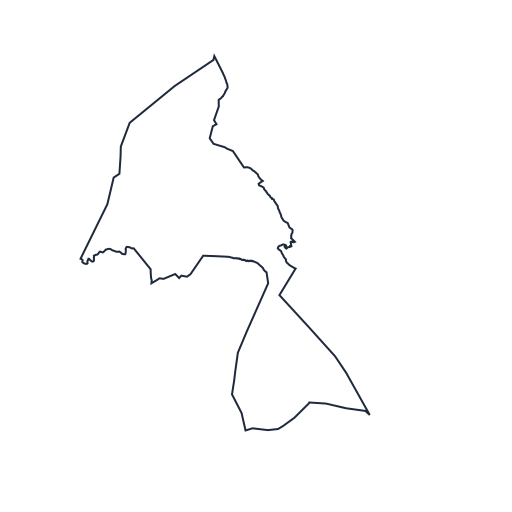 the district of San Francisco Cahuacuá, Oaxaca, Mexico, rotated 296°
{"feature_id": "50627088B44636472073228", "entity_name": "San Francisco Cahuacuá", "entity_type": "district", "adm_level": 2, "iso_a3": "MEX", "parent_name": "Mexico", "parent_adm1": "Oaxaca", "projection": "equal_earth", "projection_center": [-97.354, 16.831], "detail": "fine", "context": "isolated", "style": "outline", "palette": "slate", "viewbox_px": 512, "rotation_deg": 296, "n_neighbors": 0, "source": "geoboundaries", "source_scale": "gbopen_adm2", "svg_char_len": 5111}
<svg xmlns="http://www.w3.org/2000/svg" viewBox="0 0 512 512"><g transform="rotate(296 256 256)"><path d="M383.5,114.4L373.3,108.5L320.4,84.1L297.3,86.3L295.2,86.5L292.3,87.8L285.7,90.8L270.0,97.2L264.1,93.7L237.4,99.7L176.6,99.5L176.6,101.1L176.6,101.5L176.3,101.9L176.1,102.1L175.5,102.2L174.9,102.3L174.3,102.7L174.0,104.7L174.2,106.2L174.8,107.4L175.5,107.8L177.5,106.7L178.6,106.8L180.1,106.6L180.3,107.1L179.6,109.0L179.1,110.8L179.4,111.6L180.0,112.3L180.8,112.3L181.6,112.0L183.0,111.2L184.5,110.7L185.0,110.2L185.3,110.2L186.3,111.0L187.1,111.7L187.3,112.4L188.2,113.0L189.2,113.3L190.1,113.3L190.7,113.5L191.6,113.9L191.9,116.0L192.0,116.7L192.3,116.9L192.6,117.1L196.1,118.3L196.6,119.1L197.2,119.7L197.5,119.9L197.7,120.2L198.1,121.1L198.3,121.6L198.4,122.2L198.4,122.7L198.3,123.4L198.1,124.5L198.2,125.0L198.4,125.6L198.5,126.5L198.5,127.6L198.6,128.2L198.8,129.1L198.9,129.4L199.2,130.0L199.4,130.3L199.8,130.6L200.0,131.0L200.0,131.5L199.9,132.3L199.9,133.0L199.5,133.8L199.3,134.3L199.3,134.6L199.4,135.4L199.5,135.8L199.9,136.9L200.2,137.6L200.6,137.6L201.0,137.6L201.6,137.5L202.5,137.1L203.2,136.9L203.7,136.7L204.6,136.1L204.9,135.9L205.7,135.6L206.1,135.7L206.5,135.6L206.9,135.6L207.5,135.8L207.6,136.0L208.0,136.9L208.0,137.3L208.3,138.1L208.5,138.8L208.4,139.6L208.4,140.7L208.5,141.4L208.9,142.1L209.2,142.4L209.3,142.7L197.9,167.1L194.8,168.7L190.6,171.1L190.2,171.4L188.3,173.0L185.7,174.0L190.2,177.0L193.7,179.1L194.9,182.9L204.4,191.3L202.5,196.6L205.6,197.5L207.1,202.8L207.2,203.1L211.0,205.1L233.1,208.4L237.8,219.0L243.3,231.8L243.7,233.9L244.0,235.3L244.2,235.7L244.1,236.1L244.1,237.0L244.4,237.3L245.0,238.3L245.3,239.6L245.6,239.7L245.7,240.5L245.8,240.8L246.0,241.0L246.2,241.3L246.4,241.6L246.0,242.1L246.2,243.0L246.7,243.5L246.3,244.6L246.5,245.5L246.7,245.8L246.9,245.9L247.0,246.1L246.8,246.3L247.0,246.9L247.2,247.1L247.4,247.3L247.5,247.5L247.5,247.8L247.4,248.1L247.2,248.6L247.2,249.0L247.2,249.4L247.4,250.0L247.6,250.1L247.8,249.9L248.1,250.0L248.2,250.3L248.2,250.7L248.1,251.0L248.2,251.3L248.2,251.5L248.3,251.5L248.5,251.9L248.5,252.2L248.7,252.3L249.0,252.5L249.2,253.3L249.3,253.1L250.0,254.4L250.3,260.3L249.4,263.4L248.8,265.7L248.2,267.6L247.9,268.0L247.6,268.3L247.1,268.8L246.2,271.0L246.0,272.6L236.8,278.9L184.1,280.8L161.1,282.1L142.7,288.1L134.7,290.9L121.1,295.1L108.6,311.8L94.6,323.1L99.6,328.4L104.7,343.0L110.2,351.7L115.0,354.8L127.4,361.4L146.9,368.2L147.7,368.1L154.0,383.5L158.6,403.6L164.7,422.2L163.0,427.9L190.5,388.3L200.5,371.1L215.8,333.2L217.9,327.8L231.1,294.2L262.1,297.1L262.0,295.4L262.2,293.7L262.3,291.7L262.5,290.2L262.8,289.0L263.2,288.1L263.4,286.9L263.8,286.2L264.3,285.5L264.6,285.0L265.0,284.9L265.6,284.8L266.3,284.0L266.7,282.9L266.9,282.3L267.2,281.8L267.6,281.1L268.2,280.6L268.6,280.1L269.0,279.4L269.4,278.7L269.7,278.2L270.3,277.5L270.9,277.0L271.5,276.1L271.7,274.8L271.8,273.8L272.1,272.9L272.5,272.2L273.6,272.0L275.1,272.4L275.7,273.0L276.5,273.9L277.2,274.4L277.8,274.9L278.3,275.3L278.5,275.9L278.6,276.8L278.7,277.3L278.7,278.0L278.7,278.4L278.2,278.7L277.7,278.3L277.3,277.5L276.8,277.7L276.2,278.9L276.0,279.6L276.0,280.1L276.6,280.4L277.3,280.5L278.0,281.0L278.3,281.5L278.8,282.2L279.1,282.5L279.7,283.2L280.1,283.4L280.3,282.4L281.3,282.9L282.0,282.4L282.5,281.9L283.1,281.4L283.6,281.0L284.2,281.2L284.6,281.8L284.6,283.0L285.0,284.0L285.8,284.7L287.4,279.7L288.1,279.5L288.7,279.4L289.3,278.8L289.9,278.7L291.0,278.4L291.4,278.3L292.5,278.5L293.2,278.4L293.9,278.1L295.3,277.6L295.9,276.5L296.0,275.2L296.2,274.1L296.7,273.0L297.3,272.6L297.9,271.8L299.5,270.1L299.5,268.8L299.6,267.2L299.7,266.0L300.0,265.0L300.7,264.1L301.4,262.7L302.1,261.9L302.5,261.4L303.7,260.6L304.2,259.9L305.0,259.2L305.6,258.2L306.7,257.2L307.4,256.4L308.4,255.0L309.7,254.1L310.5,253.5L310.9,252.9L311.4,251.9L312.0,250.6L312.7,249.8L313.0,248.8L314.6,247.1L314.5,246.2L314.3,245.4L314.6,245.2L315.1,244.8L315.0,243.9L315.3,243.0L315.8,242.5L316.2,242.1L316.3,241.1L316.7,240.5L316.7,239.7L317.9,237.7L318.1,237.1L318.6,236.8L318.8,235.9L319.2,235.0L319.5,234.2L320.1,233.6L320.8,233.0L320.9,232.1L321.0,230.9L321.0,229.7L320.9,228.9L321.0,227.6L322.1,226.7L322.6,227.0L323.8,227.6L326.4,229.2L326.6,228.3L326.7,227.2L327.1,226.4L327.7,224.9L328.3,223.8L328.8,223.1L329.7,222.2L330.1,221.8L330.4,220.9L330.8,219.5L331.2,218.0L331.4,217.3L331.5,216.1L331.8,214.6L332.2,213.7L332.4,212.5L332.4,211.3L332.2,210.3L331.9,209.1L331.5,208.6L331.5,208.4L331.1,207.6L330.7,207.2L330.3,206.3L340.2,189.2L339.9,185.0L339.8,184.1L339.8,183.6L339.8,182.2L340.0,181.1L340.1,180.4L338.2,168.7L341.5,162.8L351.6,160.7L353.7,160.3L357.1,162.7L359.7,158.7L374.1,157.0L380.0,154.0L381.1,154.6L381.6,154.9L382.3,155.3L383.3,155.6L384.3,155.7L385.1,156.3L385.8,156.2L387.1,156.4L388.1,156.5L389.1,156.5L390.6,156.3L390.9,156.5L391.6,156.4L393.0,156.6L394.2,156.7L395.1,156.6L395.6,156.2L396.4,155.8L397.6,155.0L398.1,154.6L398.5,153.8L399.7,152.8L401.0,151.6L402.1,150.3L403.1,149.4L403.7,148.8L404.3,147.8L405.7,146.3L415.3,133.7L417.4,130.9L413.5,131.8L410.1,129.8L383.5,114.4Z" fill="none" stroke="#1e293b" stroke-width="2"/></g></svg>